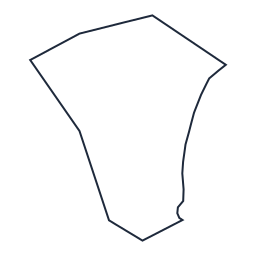 the district of Derniere Riviere/Fond Maricient, Dennery, Saint Lucia
{"feature_id": "8701671B8871656007589", "entity_name": "Derniere Riviere/Fond Maricient", "entity_type": "district", "adm_level": 2, "iso_a3": "LCA", "parent_name": "Saint Lucia", "parent_adm1": "Dennery", "projection": "mercator", "projection_center": [-60.922, 13.951], "detail": "fine", "context": "isolated", "style": "outline", "palette": "slate", "viewbox_px": 256, "rotation_deg": 0, "n_neighbors": 0, "source": "geoboundaries", "source_scale": "gbopen_adm2", "svg_char_len": 496}
<svg xmlns="http://www.w3.org/2000/svg" viewBox="0 0 256 256"><path d="M225.8,64.8L152.4,15.4L124.5,22.3L79.5,33.6L30.2,60.0L79.5,131.0L99.0,190.0L109.0,220.3L115.5,224.3L142.5,240.6L145.2,239.2L182.5,220.0L181.6,219.4L179.3,217.9L177.3,213.2L177.9,207.3L183.2,201.0L183.6,189.4L182.3,173.4L183.1,161.8L184.9,149.0L185.5,144.5L189.0,131.9L191.2,123.3L194.0,112.8L194.8,110.7L201.1,94.7L206.5,83.7L209.2,78.4L213.0,75.2L218.6,70.5L225.8,64.8Z" fill="none" stroke="#1e293b" stroke-width="2"/></svg>